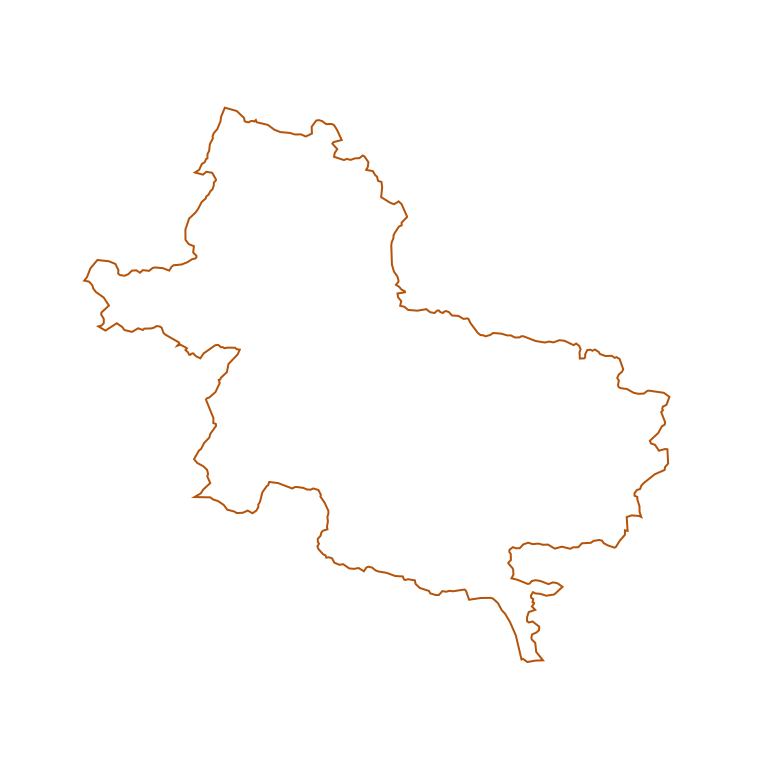 Vu Quang, Ha Tinh, Vietnam, rotated 261°
{"feature_id": "81297802B66107700635107", "entity_name": "Vu Quang", "entity_type": "district", "adm_level": 2, "iso_a3": "VNM", "parent_name": "Vietnam", "parent_adm1": "Ha Tinh", "projection": "albers", "projection_center": [105.465, 18.324], "detail": "fine", "context": "isolated", "style": "outline", "palette": "amber", "viewbox_px": 768, "rotation_deg": 261, "n_neighbors": 0, "source": "geoboundaries", "source_scale": "gbopen_adm2", "svg_char_len": 6160}
<svg xmlns="http://www.w3.org/2000/svg" viewBox="0 0 768 768"><g transform="rotate(261 384 384)"><path d="M533.0,104.1L531.2,108.8L527.1,111.4L524.0,111.7L520.0,113.8L513.2,120.7L504.5,124.6L498.8,116.1L496.9,115.5L492.2,117.4L488.1,116.8L486.0,114.4L485.6,110.9L480.3,117.2L485.8,129.6L481.2,134.4L477.9,136.1L474.9,143.3L477.5,149.9L475.1,154.3L476.2,155.9L475.3,162.6L475.7,166.0L476.8,168.3L475.9,171.5L474.4,173.2L469.0,174.2L467.1,175.6L457.1,188.0L456.2,188.2L454.1,185.8L454.6,189.1L451.3,193.6L450.1,194.9L448.6,193.2L445.9,195.4L443.4,196.1L443.1,197.4L444.0,198.3L444.2,200.2L440.8,202.7L438.1,206.6L442.4,210.6L448.7,223.4L448.6,226.3L445.8,228.8L445.7,230.4L444.3,232.0L444.4,235.2L443.1,242.6L441.5,243.8L440.5,246.9L436.1,244.1L428.1,233.5L420.3,230.7L415.7,223.9L414.1,223.0L413.9,221.4L410.7,221.9L402.4,216.3L398.0,209.3L397.5,206.5L396.4,205.7L377.0,210.2L372.1,209.3L370.9,211.6L368.9,211.6L361.9,204.6L358.4,203.1L354.0,197.2L348.4,193.1L347.3,190.9L339.5,184.6L335.2,187.2L331.0,192.7L326.9,195.8L322.7,196.2L320.5,195.0L313.3,196.9L308.1,189.0L304.6,185.9L302.0,179.2L299.2,194.7L296.7,197.1L294.4,201.7L289.6,206.8L284.4,209.5L281.4,216.3L279.6,218.3L278.9,224.3L280.3,229.6L276.9,233.9L279.0,238.2L282.2,240.7L284.5,240.9L286.9,243.0L296.0,246.9L301.5,252.2L302.2,253.8L305.2,255.3L302.7,263.9L295.1,277.1L296.1,279.5L295.9,281.9L294.0,288.1L291.9,291.3L291.1,295.1L291.9,297.8L289.6,302.6L284.4,304.3L282.8,303.6L276.0,306.8L267.5,309.2L264.5,308.8L261.7,307.3L256.9,307.1L251.9,305.3L249.3,305.4L248.6,300.6L247.1,298.9L244.0,297.6L241.5,294.4L238.3,293.9L236.5,294.8L233.9,292.8L231.1,293.5L225.4,297.2L223.9,299.4L221.5,299.9L221.5,302.5L219.9,305.4L215.3,307.0L212.4,311.7L212.4,315.5L207.3,320.8L206.1,325.5L206.2,330.1L202.2,334.9L205.5,337.9L206.0,340.0L204.5,343.6L201.4,346.3L199.8,348.9L197.1,357.0L192.6,365.0L191.0,372.4L187.9,373.2L187.1,374.2L187.4,377.3L185.2,383.8L181.6,383.9L177.0,387.4L172.5,396.1L170.0,396.9L167.4,402.3L167.1,405.3L170.3,409.2L169.1,412.9L169.5,416.5L168.5,419.4L168.4,431.4L166.7,432.7L157.6,434.3L157.5,446.1L156.1,455.7L155.0,458.1L149.7,462.3L142.0,465.0L138.3,467.6L128.8,471.3L115.0,474.9L90.4,476.7L90.8,478.2L87.0,482.1L87.1,490.4L86.2,497.8L95.6,492.4L104.7,492.9L108.5,490.0L110.1,489.8L113.4,491.0L114.8,495.9L116.5,498.5L120.0,499.4L126.2,493.6L125.8,489.7L127.3,488.2L131.5,488.9L136.1,491.3L137.3,498.0L141.1,495.3L143.7,497.8L144.6,497.8L145.2,496.6L148.4,497.7L149.8,495.9L152.2,496.1L155.1,498.6L153.5,500.7L152.3,505.5L149.5,511.2L149.5,519.2L155.7,528.6L159.6,524.7L160.9,522.2L161.6,519.5L160.6,515.2L165.0,507.6L166.5,503.0L166.3,499.1L164.2,496.8L164.0,494.8L169.9,484.9L172.1,479.5L175.4,482.0L179.9,482.5L181.7,482.3L187.2,478.8L188.1,478.9L190.3,481.8L196.4,482.6L198.5,481.5L200.6,482.0L202.7,485.8L201.1,488.6L200.6,492.4L203.8,496.5L204.7,501.6L202.6,505.7L202.2,511.7L200.4,515.6L199.7,520.9L194.7,526.9L195.5,534.2L192.1,542.3L193.1,545.2L192.4,550.3L195.7,554.6L194.8,563.5L196.2,566.3L196.3,572.2L195.1,574.9L192.4,576.1L189.6,579.8L186.3,586.0L186.9,587.7L192.2,592.2L197.4,598.4L201.8,599.1L200.8,601.6L214.6,602.9L215.5,608.0L213.8,615.2L212.4,617.3L217.7,616.4L223.3,617.2L230.3,616.2L232.9,616.5L234.4,614.0L236.9,614.3L239.8,617.3L240.2,620.5L243.3,622.2L245.5,625.0L252.5,637.3L255.2,647.7L258.1,648.7L261.0,652.2L275.2,653.7L275.8,651.3L275.1,645.1L281.5,642.2L283.5,638.4L286.3,637.7L292.7,647.2L298.7,651.8L299.9,654.8L302.1,655.7L312.9,653.4L314.5,655.4L315.9,654.9L318.0,655.8L319.2,659.7L326.6,663.9L331.5,659.1L336.0,644.6L336.0,643.0L333.9,639.1L334.5,633.9L336.1,629.4L341.1,623.1L342.7,617.5L344.1,615.4L346.2,614.9L350.6,616.5L353.5,615.3L356.7,617.4L358.7,620.8L361.1,622.6L371.9,620.6L374.2,617.7L373.7,616.0L376.2,613.4L377.0,607.1L379.9,601.9L381.9,601.2L385.0,597.8L384.2,595.1L385.6,593.2L385.7,590.0L381.7,587.3L379.0,586.9L378.0,585.9L378.5,581.4L384.7,582.1L387.7,583.6L391.1,582.8L393.9,580.1L392.7,577.4L398.5,569.0L399.8,563.9L398.6,557.9L400.1,553.7L399.8,549.3L402.8,540.4L409.2,529.4L409.7,527.2L408.8,525.2L409.5,520.5L412.2,516.9L412.7,513.3L415.4,507.7L417.3,499.8L415.9,496.8L415.2,491.6L416.4,490.1L417.3,486.9L419.8,484.6L430.9,478.8L434.9,477.7L435.7,476.7L435.9,472.7L439.6,468.1L441.1,461.8L444.7,459.5L446.3,456.9L446.1,454.9L444.9,453.2L446.2,450.9L448.2,449.5L448.1,447.8L446.2,445.1L447.7,440.8L451.3,437.5L451.2,428.4L453.4,419.4L457.0,416.3L458.7,412.2L463.1,414.0L467.4,411.5L471.3,411.5L471.3,419.0L472.3,419.1L474.6,416.0L477.7,414.1L480.1,411.3L482.6,414.2L484.1,414.5L488.2,414.0L493.5,411.4L500.7,410.5L519.9,412.9L522.8,413.8L526.5,416.1L529.4,416.7L531.5,418.2L537.2,423.4L538.0,426.3L540.6,426.6L545.3,432.9L546.0,432.9L558.9,429.5L562.1,427.0L560.0,422.1L562.1,418.4L569.0,410.4L578.6,413.0L583.9,413.1L585.6,409.9L589.9,409.5L591.8,407.9L596.0,406.3L598.5,399.2L598.7,400.5L601.3,402.1L605.5,403.3L611.8,400.3L613.0,398.7L610.9,395.0L611.4,390.8L610.6,386.1L612.1,382.5L611.5,379.4L616.2,370.2L619.8,371.4L623.3,374.6L629.4,370.6L630.8,371.9L631.6,380.4L642.3,377.4L647.6,375.1L649.0,373.0L649.7,367.6L653.4,363.9L654.8,361.0L654.8,358.3L649.4,352.8L642.6,352.0L640.7,345.4L643.5,341.2L644.4,335.0L646.7,330.4L649.0,321.1L652.2,315.6L658.1,309.8L662.5,299.1L664.8,298.7L663.6,296.8L664.4,295.2L664.4,292.9L663.6,291.5L664.2,289.3L665.3,287.5L668.8,287.3L676.7,281.2L681.8,270.0L673.1,264.7L669.2,263.7L661.8,259.2L658.4,255.1L655.6,253.5L653.2,253.3L648.1,249.5L641.7,247.8L638.6,245.6L634.5,244.9L634.0,243.4L631.1,241.6L629.8,238.5L624.5,235.0L622.5,230.4L619.1,237.9L621.4,241.7L619.5,247.3L612.5,250.0L611.4,249.8L609.6,247.5L606.4,246.8L603.1,245.0L601.7,242.8L598.5,240.4L597.0,237.8L595.1,236.9L592.4,232.5L586.0,227.8L582.7,224.5L577.9,217.4L567.6,212.0L557.5,210.5L552.7,213.0L549.9,217.8L543.7,216.1L540.0,218.8L538.5,218.6L537.4,217.0L537.3,214.0L535.1,209.0L533.7,203.0L534.2,194.6L533.0,192.5L529.6,189.6L533.0,183.7L534.9,176.2L534.8,173.7L532.5,169.7L534.2,163.6L532.1,160.4L535.0,157.2L535.4,152.7L532.5,148.7L531.5,144.7L532.9,140.2L534.8,138.7L538.0,139.5L544.6,137.5L548.3,131.4L551.3,120.3L544.1,112.1L535.9,107.3L533.0,104.1Z" fill="none" stroke="#b45309" stroke-width="2"/></g></svg>